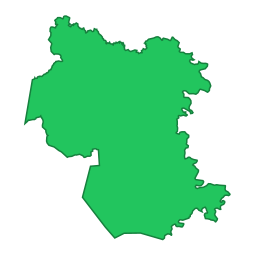 the district of Adansi South, Ashanti, Ghana, rotated 271°
{"feature_id": "2480657B97463209696641", "entity_name": "Adansi South", "entity_type": "district", "adm_level": 2, "iso_a3": "GHA", "parent_name": "Ghana", "parent_adm1": "Ashanti", "projection": "robinson", "projection_center": [-1.341, 6.005], "detail": "fine", "context": "isolated", "style": "filled", "palette": "green", "viewbox_px": 256, "rotation_deg": 271, "n_neighbors": 0, "source": "geoboundaries", "source_scale": "gbopen_adm2", "svg_char_len": 5862}
<svg xmlns="http://www.w3.org/2000/svg" viewBox="0 0 256 256"><g transform="rotate(271 128 128)"><path d="M21.0,173.2L22.6,173.5L23.7,172.8L25.8,172.7L27.8,173.8L30.1,173.1L31.4,174.1L32.6,176.2L32.6,177.0L32.2,177.4L31.1,177.5L30.3,178.7L30.5,180.7L30.0,183.2L30.2,184.2L32.5,185.4L33.4,185.3L33.9,180.9L35.0,180.0L36.1,180.4L37.2,181.5L36.8,184.4L39.0,190.5L39.7,190.5L40.5,191.7L42.1,191.8L43.6,193.4L46.2,194.1L48.6,196.4L49.0,197.6L48.8,198.8L47.0,200.3L45.6,203.5L46.4,203.1L47.9,203.2L49.2,204.3L50.2,206.5L48.7,207.6L47.1,208.0L45.0,209.0L44.4,208.8L44.3,207.4L43.8,206.4L42.3,205.9L38.8,207.0L38.6,209.4L38.1,211.6L37.5,212.5L37.2,215.0L36.7,216.2L35.8,216.9L35.7,217.3L37.6,218.7L38.8,219.0L42.0,216.5L43.6,216.2L45.2,217.0L46.5,217.1L48.0,216.0L48.5,216.0L49.3,217.3L49.5,218.5L48.2,221.4L48.3,222.1L50.5,221.7L51.7,222.0L52.4,222.8L53.4,225.0L55.0,226.0L56.3,225.9L57.1,224.4L56.9,223.6L55.6,223.2L55.4,222.5L55.9,221.6L56.6,221.4L59.3,222.9L60.4,224.4L62.3,225.9L62.6,228.0L62.2,229.8L63.0,230.9L63.6,231.1L65.9,229.0L66.8,227.1L67.6,226.4L68.7,226.1L71.8,226.4L72.1,226.2L72.4,220.5L72.8,217.7L72.3,215.3L73.7,211.3L73.7,209.4L71.7,207.6L70.0,204.3L69.7,201.1L68.7,198.3L69.2,197.0L70.6,196.3L72.0,197.2L71.4,200.2L71.8,202.1L73.1,203.5L74.8,204.4L75.9,204.5L76.7,203.8L77.5,197.1L77.8,196.4L78.9,195.8L85.5,199.1L87.1,199.2L89.2,196.5L90.8,195.5L92.2,193.4L93.1,194.0L94.6,196.8L96.3,197.8L97.0,197.6L97.6,194.3L98.5,191.7L99.5,190.7L99.9,189.6L99.7,188.6L99.0,188.0L98.2,186.1L98.3,185.4L100.9,184.9L104.0,185.4L107.0,185.0L109.0,186.3L109.4,188.2L110.3,188.5L111.4,188.6L112.6,186.8L113.3,186.6L114.3,187.0L117.8,187.0L120.0,188.9L121.8,188.8L123.3,186.4L124.0,185.7L124.5,185.6L125.2,184.7L125.1,181.9L124.6,180.1L122.7,179.2L123.6,176.4L124.4,176.3L125.6,177.4L128.9,177.6L131.4,176.9L132.3,177.2L135.8,177.1L137.6,176.6L139.1,178.6L140.8,178.1L141.4,178.7L141.0,180.4L141.8,183.2L141.0,185.8L142.0,187.0L142.5,186.7L143.4,185.1L144.0,184.9L144.9,185.5L145.1,184.9L144.7,183.5L144.9,183.0L147.8,181.3L148.6,181.7L148.9,183.0L148.7,183.9L145.8,189.2L145.3,189.8L143.5,190.4L143.8,192.1L144.5,192.7L146.6,191.3L147.3,189.5L148.9,188.6L150.9,189.0L153.8,190.6L156.4,190.4L158.5,189.0L159.5,187.7L159.6,183.6L160.4,183.2L162.8,183.3L164.9,181.9L165.6,182.2L166.1,182.9L166.3,184.2L166.0,185.4L163.3,188.6L163.5,192.8L163.0,195.3L164.5,197.3L167.8,199.1L168.0,199.8L166.8,203.9L165.2,206.8L165.4,207.3L166.9,208.7L168.8,208.8L171.5,210.0L174.4,209.0L175.9,208.1L177.0,206.7L177.9,204.0L179.6,202.2L180.5,200.5L183.8,199.5L185.4,198.1L186.3,198.3L187.3,199.2L188.6,204.2L191.2,206.3L193.2,206.5L193.7,205.8L194.0,204.3L193.9,202.6L194.1,200.1L195.7,197.7L194.1,197.4L193.0,196.4L193.1,195.0L192.6,193.3L194.1,189.6L195.9,188.4L197.1,188.8L197.5,189.7L196.9,191.7L197.4,192.9L198.9,190.7L200.7,190.0L201.8,190.3L202.4,191.2L204.3,190.7L203.2,188.2L203.2,184.8L203.4,183.9L204.6,182.2L204.6,179.2L205.2,178.1L205.8,177.9L207.0,178.8L208.1,178.7L209.0,177.1L210.4,176.4L214.2,177.7L216.2,175.6L217.2,173.5L219.6,171.2L219.5,170.6L216.5,169.2L216.1,168.6L217.4,166.1L218.4,161.8L218.0,161.3L216.5,161.0L216.3,160.4L218.7,158.3L219.7,156.4L219.5,154.5L218.4,152.2L217.1,147.0L215.3,145.3L215.0,144.1L213.7,143.7L213.2,143.1L212.7,144.3L211.9,144.0L210.8,145.1L209.7,144.7L208.4,145.5L206.8,143.9L207.6,141.9L206.6,141.6L205.4,140.1L203.6,140.7L203.4,139.1L202.6,137.5L203.8,136.7L203.8,135.0L204.4,134.9L205.7,135.5L206.1,133.5L204.5,129.4L205.2,127.8L206.4,126.8L205.5,124.4L206.5,123.1L208.0,123.2L209.1,122.5L209.8,123.3L210.8,123.1L210.9,121.5L212.6,122.0L213.2,121.5L212.2,120.4L213.4,120.0L213.5,118.9L214.4,118.4L214.2,117.8L213.0,117.8L213.6,116.8L212.8,115.7L213.5,114.6L212.3,114.1L212.8,112.5L210.8,111.8L211.0,111.3L211.8,111.1L211.7,109.7L212.0,108.7L213.4,108.1L212.4,107.3L212.8,106.2L212.5,105.5L211.9,105.2L212.1,104.6L214.3,104.6L215.1,103.9L215.4,102.3L216.7,101.9L217.0,101.0L218.4,100.8L220.0,99.5L222.0,97.0L223.5,96.7L225.1,95.3L226.1,95.0L225.8,94.5L226.7,92.6L224.1,91.9L223.8,90.6L225.1,89.1L225.1,88.6L224.3,85.9L223.5,85.9L222.3,84.3L222.9,83.9L224.2,83.9L225.3,82.7L227.2,82.0L227.2,81.6L225.9,80.5L226.2,79.6L226.9,79.0L227.0,77.9L229.0,76.2L231.2,76.0L232.1,74.4L231.0,73.2L231.1,72.0L229.6,71.7L229.7,71.1L230.5,71.0L229.8,69.2L228.5,69.3L228.2,68.6L229.5,66.7L229.9,66.7L231.0,68.2L231.8,67.2L232.7,66.8L237.0,67.8L237.4,67.4L238.9,64.1L238.7,62.4L238.2,61.8L236.1,61.2L236.0,60.9L237.2,58.2L237.1,55.7L236.0,55.0L234.8,53.3L234.1,53.0L233.0,53.9L230.7,53.7L230.2,54.0L230.4,55.4L230.2,55.7L227.9,54.0L227.0,53.8L226.8,53.5L227.2,52.8L227.7,50.3L227.5,49.2L226.2,48.5L223.2,48.4L222.1,49.3L218.9,49.2L214.9,47.0L211.6,50.0L210.7,50.3L207.1,49.3L203.2,49.9L200.2,52.9L200.8,54.1L200.7,57.4L199.7,59.2L198.4,59.8L197.2,59.5L195.0,61.1L193.8,61.4L193.5,61.1L193.3,59.7L193.8,57.6L193.2,54.7L192.8,54.7L191.2,52.7L190.8,52.8L188.4,51.0L187.4,51.0L185.8,50.1L185.1,50.1L184.9,49.2L184.1,48.5L184.2,48.0L182.7,47.4L181.8,46.7L181.7,45.6L180.8,44.9L180.3,44.0L180.3,43.3L178.0,41.0L178.2,40.1L178.2,38.8L177.8,38.6L177.9,37.6L177.4,36.7L176.2,36.3L176.0,34.0L176.3,33.9L175.4,33.6L174.6,31.6L130.6,24.9L133.0,27.5L134.1,28.2L134.0,29.2L134.8,32.6L134.8,34.2L135.6,35.6L136.7,36.1L137.6,39.7L138.5,40.5L137.5,40.7L137.0,41.5L136.0,41.8L135.6,42.3L133.8,43.0L132.4,43.1L129.4,42.4L127.5,42.5L124.5,45.9L122.7,46.0L119.8,47.1L119.2,48.1L118.5,47.3L117.2,47.0L113.5,46.8L111.6,47.4L109.4,49.2L107.7,54.6L104.3,59.2L102.9,61.9L97.7,67.8L98.3,69.1L98.7,72.3L100.2,75.5L100.1,76.9L100.9,80.1L99.5,83.3L97.9,84.6L97.9,85.4L99.1,87.9L99.2,90.6L100.1,91.6L103.3,91.3L104.3,93.1L106.1,92.9L106.7,95.4L106.5,96.6L105.9,97.3L105.8,98.8L90.0,100.1L89.1,91.2L57.9,83.7L28.6,107.0L17.8,116.7L22.7,126.0L23.2,142.3L17.1,164.7L18.5,166.3L21.1,166.6L22.9,169.6L22.3,172.8L21.0,173.2Z" fill="#22c55e" stroke="#15803d" stroke-width="1.5"/></g></svg>